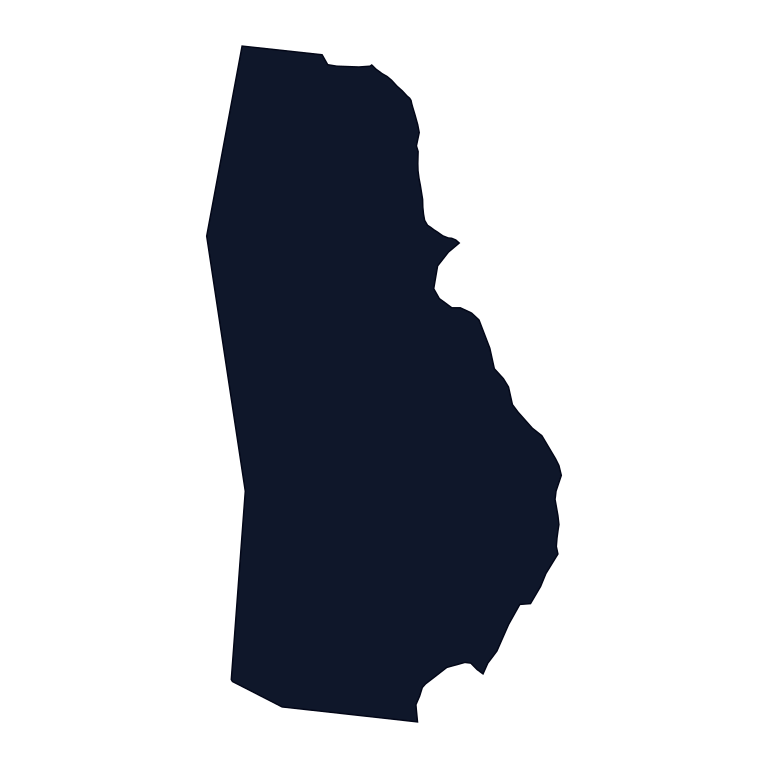 Ti Colon, Anse-la-Raye, Saint Lucia
{"feature_id": "8701671B77297874442969", "entity_name": "Ti Colon", "entity_type": "district", "adm_level": 2, "iso_a3": "LCA", "parent_name": "Saint Lucia", "parent_adm1": "Anse-la-Raye", "projection": "equal_earth", "projection_center": [-61.001, 13.971], "detail": "fine", "context": "isolated", "style": "filled", "palette": "ink", "viewbox_px": 768, "rotation_deg": 0, "n_neighbors": 0, "source": "geoboundaries", "source_scale": "gbopen_adm2", "svg_char_len": 1351}
<svg xmlns="http://www.w3.org/2000/svg" viewBox="0 0 768 768"><path d="M242.1,46.1L206.7,236.1L245.3,491.2L231.3,679.5L231.7,680.2L232.5,681.5L282.1,706.9L360.1,715.5L417.5,721.9L416.4,710.5L415.9,704.7L419.6,696.1L422.3,687.5L425.5,683.9L433.7,677.6L446.8,667.4L464.9,662.4L470.8,663.1L477.2,669.6L483.0,673.9L487.8,663.1L491.9,657.7L496.9,651.0L507.9,626.0L508.6,624.4L519.8,604.4L530.5,603.6L531.2,602.4L540.6,586.4L545.9,573.5L557.9,554.0L556.3,546.5L557.0,537.9L558.1,529.7L558.9,524.6L557.9,515.6L555.4,501.4L555.0,499.3L555.4,496.6L556.0,491.2L558.2,484.6L561.3,475.4L558.9,465.5L555.5,458.7L541.9,435.8L532.3,428.2L518.1,412.2L512.4,404.6L508.5,387.0L503.4,378.7L494.3,368.7L489.8,348.2L479.0,320.0L471.6,313.1L460.3,307.8L451.8,307.8L439.3,298.6L433.7,288.7L437.6,265.9L448.4,252.1L459.2,243.0L455.8,240.0L451.7,238.3L448.3,238.0L442.9,235.9L440.0,233.9L437.5,232.1L433.7,229.7L430.6,227.3L427.5,225.3L424.6,220.3L423.5,214.1L422.8,207.2L422.6,199.4L421.5,192.6L420.4,185.7L419.0,178.4L418.0,170.7L417.8,163.6L418.1,151.5L416.4,145.9L419.2,132.6L417.7,124.7L415.1,115.3L412.7,107.3L411.7,103.7L411.0,100.4L409.6,98.2L407.0,96.0L402.4,91.0L396.9,86.1L391.5,80.2L387.2,76.6L382.0,73.6L375.9,69.1L372.4,65.6L371.7,65.0L370.1,66.2L358.9,67.0L336.8,66.2L327.7,64.7L322.1,54.8L242.1,46.1Z" fill="#0f172a" stroke="#020617" stroke-width="1.5"/></svg>